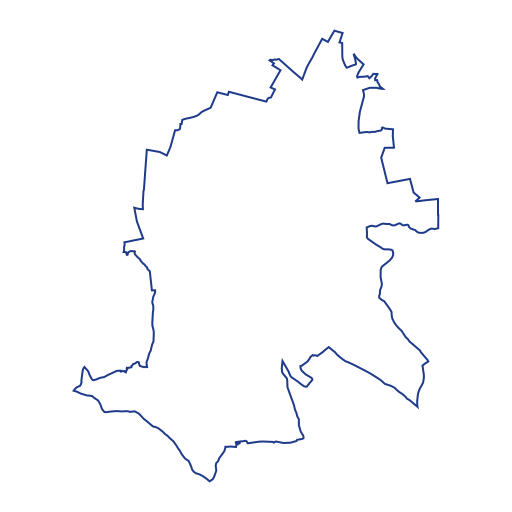 the district of Gheorghe Doja, Mures, Romania
{"feature_id": "2599482B99552937012719", "entity_name": "Gheorghe Doja", "entity_type": "district", "adm_level": 2, "iso_a3": "ROU", "parent_name": "Romania", "parent_adm1": "Mures", "projection": "equal_earth", "projection_center": [24.503, 46.455], "detail": "fine", "context": "isolated", "style": "outline", "palette": "blue", "viewbox_px": 512, "rotation_deg": 0, "n_neighbors": 0, "source": "geoboundaries", "source_scale": "gbopen_adm2", "svg_char_len": 6029}
<svg xmlns="http://www.w3.org/2000/svg" viewBox="0 0 512 512"><path d="M417.5,406.8L417.2,405.3L417.2,400.9L417.9,394.4L418.3,392.6L419.5,389.3L422.6,383.6L423.2,382.1L423.9,377.7L423.8,374.5L422.5,365.7L424.6,363.8L428.3,361.5L427.7,360.2L421.8,353.3L420.9,352.2L419.9,350.4L409.5,341.5L407.8,339.1L405.6,337.0L401.7,331.0L398.6,328.0L396.4,325.5L394.1,322.3L392.3,318.5L391.8,316.4L391.5,311.8L389.3,308.3L384.4,301.5L383.6,300.8L382.0,300.1L379.3,297.9L379.1,295.9L379.9,294.1L380.0,290.8L380.3,289.6L381.5,286.6L381.9,284.1L380.6,277.0L380.7,269.7L381.6,267.2L382.6,266.1L389.6,260.5L391.9,257.9L393.1,255.3L393.2,253.0L392.5,250.5L391.5,249.8L388.2,249.3L384.2,249.3L382.5,248.7L380.4,247.1L376.1,244.6L367.9,238.8L366.9,237.4L367.0,233.3L366.7,227.5L369.7,226.2L371.3,225.8L372.9,225.9L374.8,226.4L376.4,226.4L381.5,224.0L383.4,223.6L386.4,224.0L389.5,224.0L392.2,225.3L394.6,225.4L398.8,223.5L399.7,223.4L400.4,223.6L402.7,225.2L403.3,225.4L407.3,224.7L408.0,224.9L408.5,225.3L408.8,226.6L409.1,227.0L410.7,228.6L415.1,230.1L416.9,231.7L418.1,232.5L420.1,232.9L423.4,232.8L424.5,232.4L426.0,231.7L428.5,229.8L431.4,228.6L432.9,228.7L434.6,229.1L438.2,228.2L438.3,215.2L438.1,215.2L438.0,213.4L438.0,199.0L424.9,200.3L416.2,201.4L415.9,201.0L419.6,197.6L413.6,192.5L410.0,178.9L387.5,183.2L381.2,157.7L384.7,147.8L394.0,147.7L392.8,136.2L393.0,129.3L385.0,128.6L383.4,127.7L382.4,127.5L381.9,127.9L382.0,128.7L381.8,129.6L381.0,130.3L380.1,130.7L377.4,131.1L375.0,131.9L371.8,131.9L369.3,132.4L367.0,132.0L365.4,132.1L359.5,132.9L358.7,129.7L358.5,128.0L358.6,121.0L359.9,111.6L363.9,96.9L364.0,95.3L363.9,93.6L363.0,90.1L369.4,87.9L370.4,87.8L376.4,87.8L381.6,88.9L383.0,88.9L379.9,86.5L379.0,84.3L377.5,82.1L377.1,80.1L375.2,80.2L375.1,78.5L377.3,74.1L378.4,73.9L375.7,74.0L373.4,73.8L371.5,76.3L369.4,78.2L367.7,76.1L365.2,76.6L359.8,76.9L357.4,77.5L357.0,76.2L358.7,72.2L363.6,64.4L357.7,59.1L355.5,56.6L354.2,54.4L353.8,54.6L355.5,60.6L356.0,63.8L355.9,64.4L352.4,65.5L346.8,67.7L346.4,67.3L345.5,66.0L344.2,63.2L343.0,60.1L342.5,58.4L342.3,56.1L342.2,43.0L339.5,42.4L342.6,33.0L334.4,30.7L327.9,41.9L322.2,38.8L313.9,54.2L312.7,56.8L307.6,65.7L306.3,68.6L302.2,79.6L300.7,78.1L293.7,72.2L278.9,59.0L276.4,59.7L274.6,59.5L272.1,60.2L270.5,59.7L269.6,60.3L273.9,63.4L272.5,65.3L280.5,70.2L270.6,87.5L275.0,89.4L270.9,97.5L269.1,97.8L268.1,98.4L267.4,99.2L266.3,101.6L228.9,91.8L227.8,95.0L217.3,92.3L210.6,107.8L205.3,110.1L201.8,111.9L198.5,114.8L196.5,115.9L193.4,117.0L189.4,118.0L186.6,118.5L182.3,119.8L181.6,124.0L180.4,124.0L180.2,127.4L179.9,128.9L178.9,129.7L177.2,130.3L175.1,130.2L170.4,147.1L166.8,155.5L159.8,152.0L146.8,149.7L143.9,190.0L143.5,190.6L142.7,205.0L142.9,209.2L138.4,208.8L134.3,207.7L136.9,221.5L143.2,238.5L124.4,242.3L124.6,243.7L124.6,244.8L124.0,247.5L124.2,249.8L123.6,252.1L126.3,252.2L126.7,254.6L127.0,255.0L127.5,254.8L128.2,252.6L129.2,251.7L130.7,251.1L134.8,251.3L135.0,251.6L134.6,252.3L134.6,253.3L135.0,254.3L137.5,257.1L139.6,258.9L140.2,259.6L140.3,260.2L140.7,260.8L143.0,263.5L144.4,264.4L145.5,265.9L146.6,266.9L147.2,267.7L147.4,268.9L149.8,271.3L151.9,290.4L155.1,290.3L155.2,291.4L154.8,293.3L153.3,296.7L152.3,301.8L152.3,302.7L153.2,305.6L153.3,307.1L153.3,309.8L152.9,312.3L152.3,322.5L152.4,325.8L153.5,329.9L153.8,332.5L153.5,341.3L152.1,344.6L150.6,350.9L149.2,353.5L147.9,358.5L146.5,362.3L146.5,363.4L147.1,367.1L146.6,367.2L145.3,366.8L144.0,367.2L139.8,365.9L139.0,363.6L138.9,362.4L138.4,362.1L136.9,362.0L135.2,363.4L132.9,364.2L132.4,365.3L131.5,366.0L131.5,367.1L131.3,367.3L130.6,367.2L129.3,367.8L128.4,367.7L127.7,368.0L126.9,367.8L126.7,368.6L127.3,369.0L127.3,369.3L126.1,371.0L125.9,372.3L125.1,372.0L125.0,371.3L124.7,371.1L123.1,371.3L122.3,370.9L121.0,371.6L120.7,371.6L120.6,370.7L120.4,370.6L116.8,370.9L108.1,374.9L104.1,377.1L100.1,377.8L96.1,379.5L93.3,380.2L92.0,379.4L89.8,375.5L88.6,372.3L87.8,370.8L84.4,367.0L83.2,368.8L82.5,371.8L81.4,380.5L81.5,382.4L80.9,384.4L79.9,385.9L76.8,387.3L75.2,388.7L73.7,390.7L76.7,391.6L80.8,393.6L87.1,395.5L89.4,395.6L92.4,396.2L94.0,397.8L97.6,400.1L98.4,400.9L100.5,404.7L101.9,408.9L104.4,412.0L106.0,412.2L111.9,411.4L117.0,411.1L121.5,411.4L126.6,411.2L128.7,411.4L130.0,411.9L134.6,411.3L138.2,413.2L139.7,414.4L143.3,418.4L152.7,426.2L154.0,426.8L155.4,426.9L158.5,428.4L162.4,431.4L165.2,434.2L167.3,435.6L170.0,438.4L173.3,441.2L176.3,445.4L178.5,449.0L179.4,450.0L182.0,454.6L184.7,458.1L185.9,459.2L188.6,460.9L191.0,466.0L192.1,469.5L193.7,471.7L196.1,473.3L199.3,474.3L202.7,476.0L206.5,478.7L209.6,481.3L212.7,479.3L214.1,476.9L216.3,470.6L215.7,465.7L216.2,463.2L218.1,461.1L219.4,458.0L224.3,451.2L225.2,448.3L225.4,446.8L228.2,446.8L230.3,446.5L236.0,447.0L236.5,444.7L236.3,443.6L235.9,442.8L235.8,442.2L236.1,442.0L236.5,442.1L236.8,442.7L237.2,444.2L237.6,444.3L237.7,443.6L237.4,442.0L237.6,441.8L238.7,441.7L239.0,442.1L239.2,443.4L239.5,443.4L239.7,443.1L239.8,441.9L240.2,441.4L242.8,441.3L244.8,440.9L245.9,440.9L246.6,441.3L247.8,443.3L258.7,441.7L262.8,441.5L272.6,441.9L273.4,442.1L273.7,442.6L274.3,442.4L275.7,441.5L283.6,443.0L290.4,442.7L296.5,441.0L297.1,439.8L301.9,439.0L303.4,438.3L303.6,437.5L303.2,435.5L302.0,433.8L300.7,431.5L298.9,425.3L298.9,419.6L298.6,418.8L297.4,416.7L296.3,412.7L294.9,409.4L294.0,405.2L287.7,387.9L287.4,386.4L287.3,381.0L287.0,378.8L286.4,377.8L282.9,373.6L282.0,371.7L281.9,369.3L281.7,368.8L282.5,361.0L288.7,371.7L289.0,372.8L290.7,376.4L291.3,377.1L298.1,381.7L300.1,383.5L304.1,386.3L305.9,386.7L306.9,386.5L309.7,382.9L312.3,380.0L312.2,378.8L311.4,377.8L305.7,374.4L301.7,370.7L300.6,368.4L300.4,366.1L301.8,365.7L307.3,361.7L309.1,359.4L310.4,357.0L312.7,355.1L313.4,355.6L314.2,355.3L315.8,355.3L317.3,356.0L323.2,351.7L324.1,350.8L328.7,347.1L335.2,352.4L336.6,354.2L338.6,356.0L342.7,359.3L345.6,361.3L348.8,362.5L353.7,364.8L365.2,370.7L371.2,374.0L380.6,380.0L384.9,383.9L390.8,385.8L394.3,387.6L398.9,391.8L402.2,393.9L405.5,396.7L406.9,398.6L409.8,400.3L417.5,406.8Z" fill="none" stroke="#1e3a8a" stroke-width="2"/></svg>